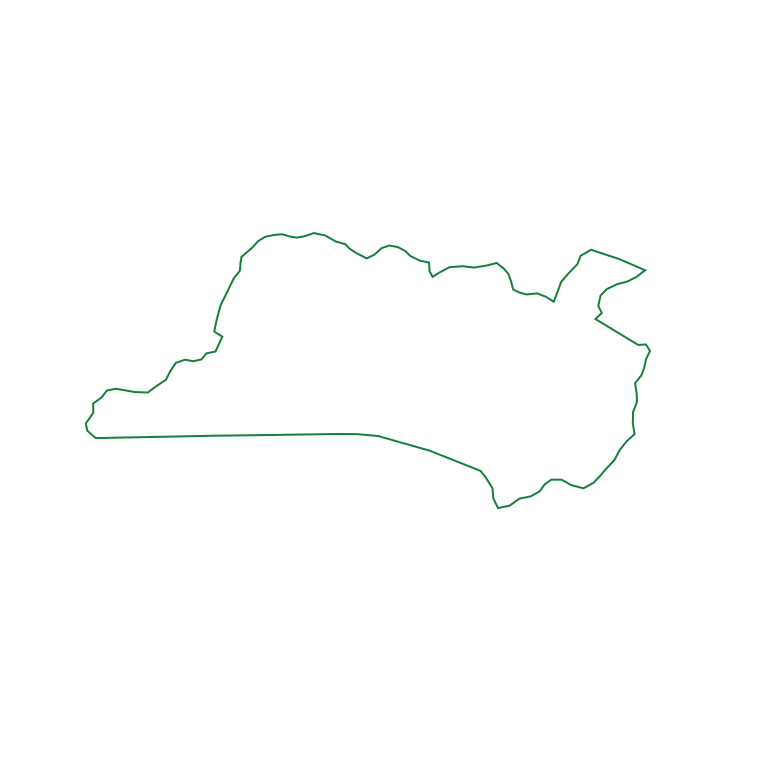 Pedras Grandes, Santa Catarina, Brazil (Equal Earth projection), rotated 62°
{"feature_id": "56859067B67009186036385", "entity_name": "Pedras Grandes", "entity_type": "district", "adm_level": 2, "iso_a3": "BRA", "parent_name": "Brazil", "parent_adm1": "Santa Catarina", "projection": "equal_earth", "projection_center": [-49.21, -28.49], "detail": "fine", "context": "isolated", "style": "outline", "palette": "green", "viewbox_px": 768, "rotation_deg": 62, "n_neighbors": 0, "source": "geoboundaries", "source_scale": "gbopen_adm2", "svg_char_len": 1653}
<svg xmlns="http://www.w3.org/2000/svg" viewBox="0 0 768 768"><g transform="rotate(62 384 384)"><path d="M285.9,667.9L296.4,664.0L349.9,558.3L377.9,504.0L383.5,493.0L406.4,448.4L416.0,430.7L427.2,413.6L464.1,375.2L506.1,339.5L513.7,338.1L519.7,337.6L527.3,337.2L536.2,341.2L547.0,341.5L550.4,330.5L548.8,318.3L552.1,307.1L551.8,296.7L548.1,289.4L547.0,281.2L551.8,272.2L561.3,266.0L569.8,256.8L569.6,245.4L566.2,235.3L563.0,227.2L559.3,216.2L553.1,207.1L548.5,196.7L545.9,186.3L535.6,182.8L525.7,177.3L518.7,169.1L511.1,165.4L501.2,162.0L497.0,152.4L491.7,146.5L485.3,141.2L479.7,133.6L472.1,134.1L468.9,141.2L425.9,166.8L423.6,158.4L415.6,158.1L407.6,151.3L404.8,142.9L405.3,131.1L407.7,121.4L408.0,110.8L406.1,100.1L384.3,117.5L362.7,138.1L363.1,150.1L369.0,157.0L372.7,168.5L377.0,179.6L384.2,187.6L391.1,195.5L383.1,200.0L375.9,206.2L371.7,216.4L366.8,221.5L361.1,225.6L353.4,223.7L345.2,222.5L338.2,224.1L330.0,227.7L327.6,237.8L323.4,249.9L316.8,259.5L311.6,271.4L311.6,282.0L312.2,290.8L305.6,290.8L298.0,287.2L292.0,294.4L283.4,300.6L276.5,302.8L269.6,307.5L264.3,314.2L262.9,322.3L265.3,331.9L265.0,340.3L255.0,347.2L248.5,350.8L242.4,352.5L235.6,359.6L225.1,366.3L217.7,375.2L216.4,384.3L213.7,392.4L209.4,398.1L204.1,403.4L200.9,410.8L198.2,420.1L198.8,428.2L201.8,436.4L204.9,450.2L210.1,454.1L216.4,458.1L220.1,466.8L237.6,491.1L248.5,501.4L258.0,509.3L266.3,504.5L276.2,517.5L273.6,526.3L276.6,533.5L274.3,541.8L269.2,548.1L267.6,557.8L272.2,566.5L277.9,574.6L278.8,584.2L280.6,596.6L273.9,608.1L262.3,622.9L259.7,631.8L263.3,639.7L264.7,649.9L273.0,654.3L278.8,665.8L285.9,667.9Z" fill="none" stroke="#15803d" stroke-width="2"/></g></svg>